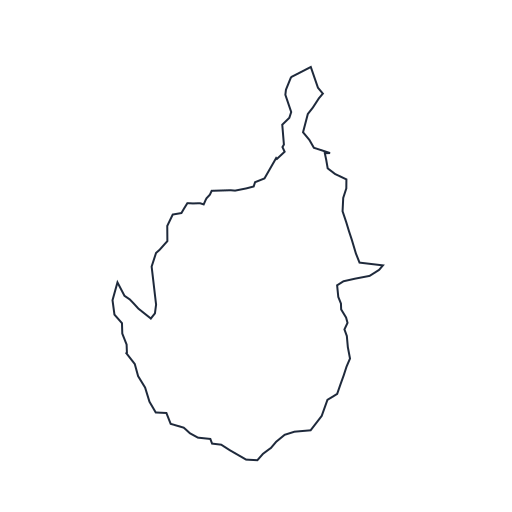 Kosi, Larnaca, Cyprus, rotated 18°
{"feature_id": "46923920B21687846185462", "entity_name": "Kosi", "entity_type": "district", "adm_level": 2, "iso_a3": "CYP", "parent_name": "Cyprus", "parent_adm1": "Larnaca", "projection": "albers", "projection_center": [33.514, 34.977], "detail": "fine", "context": "isolated", "style": "outline", "palette": "slate", "viewbox_px": 512, "rotation_deg": 18, "n_neighbors": 0, "source": "geoboundaries", "source_scale": "gbopen_adm2", "svg_char_len": 1739}
<svg xmlns="http://www.w3.org/2000/svg" viewBox="0 0 512 512"><g transform="rotate(18 256 256)"><path d="M167.1,269.3L165.6,272.6L162.4,279.9L160.0,284.0L160.0,298.3L174.7,330.3L176.0,333.1L176.7,336.9L177.6,341.7L177.5,342.1L176.1,345.8L175.3,348.0L174.9,347.8L162.0,343.0L160.4,342.4L154.6,339.1L149.4,336.3L143.2,334.5L143.1,334.4L142.4,333.7L132.4,323.9L133.2,342.4L139.5,355.5L149.3,361.3L152.8,371.1L160.3,380.2L163.1,387.8L162.7,388.5L174.1,396.2L181.0,406.7L191.2,415.4L199.7,427.5L209.0,435.8L219.3,433.0L226.7,442.0L240.3,441.6L242.9,442.7L247.9,445.0L256.9,446.7L269.1,444.1L272.2,448.0L281.2,446.2L291.1,448.8L309.5,452.7L320.4,449.8L323.8,441.9L328.5,435.3L329.5,434.0L332.6,426.4L338.5,417.2L346.9,411.2L361.8,404.9L367.9,387.8L368.4,370.7L375.8,362.1L376.0,352.0L376.3,342.6L376.3,333.1L377.1,324.5L371.5,314.3L367.1,304.0L362.8,298.5L363.7,291.3L360.7,286.7L353.5,280.5L351.5,275.0L346.9,269.5L342.2,258.8L347.0,253.0L357.3,246.9L370.2,239.8L377.4,231.1L379.3,226.4L379.6,225.7L356.5,230.3L350.2,222.7L342.2,211.1L336.7,203.6L331.4,196.0L324.5,186.7L321.0,173.8L321.0,163.8L318.3,155.2L305.9,153.6L297.1,150.5L293.2,143.1L289.7,137.0L294.6,135.2L277.6,135.2L270.9,129.1L262.5,123.8L261.4,104.9L264.2,97.3L267.1,86.5L269.4,80.9L269.2,80.8L262.9,76.8L249.7,59.3L234.4,74.7L234.0,75.9L233.1,88.6L234.1,93.6L245.0,108.2L245.0,114.3L240.4,123.0L248.1,141.4L247.5,144.2L251.0,148.0L245.9,157.2L244.9,156.6L240.1,179.6L232.3,186.1L232.3,190.6L225.9,194.7L215.9,200.3L211.5,201.3L193.7,207.7L193.2,211.9L191.1,216.4L190.8,218.2L190.3,223.1L186.6,223.1L184.2,223.9L179.8,225.5L176.7,226.3L174.4,227.0L172.9,233.1L171.8,238.2L164.0,242.3L162.3,254.8L167.1,269.2L167.1,269.3Z" fill="none" stroke="#1e293b" stroke-width="2"/></g></svg>